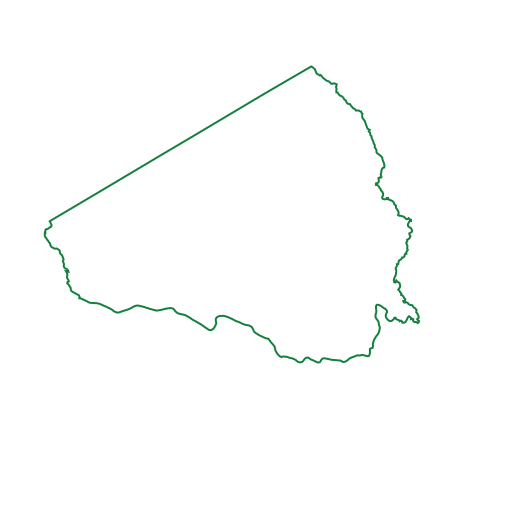 Novo Mundo, Mato Grosso, Brazil, rotated 324°
{"feature_id": "56859067B63599343869059", "entity_name": "Novo Mundo", "entity_type": "district", "adm_level": 2, "iso_a3": "BRA", "parent_name": "Brazil", "parent_adm1": "Mato Grosso", "projection": "robinson", "projection_center": [-55.354, -9.812], "detail": "fine", "context": "isolated", "style": "outline", "palette": "green", "viewbox_px": 512, "rotation_deg": 324, "n_neighbors": 0, "source": "geoboundaries", "source_scale": "gbopen_adm2", "svg_char_len": 6110}
<svg xmlns="http://www.w3.org/2000/svg" viewBox="0 0 512 512"><g transform="rotate(324 256 256)"><path d="M109.6,106.6L108.9,110.5L107.7,111.9L106.1,111.6L104.3,111.7L102.9,111.5L101.4,110.9L100.7,111.8L99.2,112.5L99.2,113.7L98.0,114.0L96.9,115.7L96.7,116.8L96.8,118.5L96.6,120.0L96.8,121.2L96.6,123.1L96.8,124.4L96.0,126.5L95.8,128.0L96.3,129.5L97.6,131.9L99.2,132.8L99.9,134.5L100.4,136.1L99.4,138.1L99.0,139.6L99.5,141.1L99.3,142.4L98.8,144.1L98.3,145.7L96.7,146.7L96.4,148.1L95.8,149.8L94.4,151.3L94.1,152.8L94.6,154.1L95.4,156.0L95.5,157.3L95.0,158.5L93.3,156.5L93.2,157.8L92.8,159.6L92.0,160.7L90.6,162.0L90.1,163.8L90.0,165.6L89.5,166.6L88.1,166.3L87.2,167.3L87.6,168.6L87.4,172.6L86.4,174.4L86.1,175.6L86.5,177.2L87.8,179.9L88.4,181.2L89.6,183.6L89.3,185.3L88.2,186.3L89.6,187.7L92.6,193.3L93.6,195.5L94.8,196.8L98.2,199.6L100.1,201.2L101.5,203.0L102.7,205.1L106.5,211.7L107.5,213.7L108.1,215.2L108.4,216.8L109.2,218.4L110.3,220.0L111.6,221.0L116.0,222.3L121.6,224.2L124.2,224.7L127.9,225.1L129.7,225.7L131.3,226.6L134.4,230.1L136.5,232.8L138.7,235.9L142.6,240.8L143.6,241.8L145.0,242.6L148.2,244.1L150.3,244.9L151.8,245.5L155.3,247.3L156.3,248.0L157.1,248.7L158.0,249.8L158.3,251.5L158.2,253.3L159.0,256.2L160.1,257.7L162.9,260.9L164.0,262.3L165.9,266.3L166.6,268.1L167.0,269.5L167.6,271.0L168.8,273.4L171.3,279.0L172.0,281.2L174.2,287.4L174.8,288.6L175.9,289.5L176.9,289.7L178.2,289.9L180.2,289.4L182.2,288.4L184.0,287.4L184.9,286.0L185.3,285.0L186.0,283.9L186.8,283.1L188.1,282.6L189.6,282.7L191.4,283.2L194.4,285.2L195.8,286.7L197.9,289.8L199.9,293.4L201.5,296.7L204.1,300.6L204.7,302.1L205.7,303.7L207.1,305.6L209.3,307.8L210.0,309.0L210.7,310.3L210.8,312.0L210.5,314.0L210.1,315.1L210.0,316.3L210.3,317.6L211.9,321.7L214.3,326.2L215.5,328.2L217.4,330.3L217.4,335.0L217.7,337.0L217.8,340.3L217.0,342.0L216.1,344.2L215.8,347.8L216.1,350.6L217.2,352.7L219.0,353.3L221.8,355.8L223.1,357.8L225.4,360.4L226.1,361.7L227.0,363.4L227.3,365.2L227.8,366.3L228.7,367.6L230.2,368.6L231.9,368.8L233.3,368.3L235.2,367.8L236.9,367.8L238.4,368.8L239.1,370.4L239.5,371.8L241.2,374.5L242.1,376.3L243.3,378.3L244.1,379.0L245.3,379.4L246.6,379.0L247.8,378.4L249.1,378.1L250.9,378.6L254.1,382.0L255.4,383.6L256.5,384.7L260.1,387.8L260.9,388.6L262.1,389.5L263.1,390.6L263.7,392.2L264.5,393.2L265.6,393.7L266.9,394.1L268.1,394.1L269.5,394.1L271.2,393.9L272.2,394.0L273.3,394.2L275.1,394.7L276.5,395.2L277.8,395.4L279.5,395.9L281.1,397.2L282.7,398.0L284.0,398.7L287.3,402.5L288.3,403.2L289.4,402.9L290.9,401.7L292.0,400.3L292.7,399.2L293.5,398.2L294.7,398.2L296.4,398.8L297.9,397.5L298.5,396.2L299.4,395.3L300.3,394.5L303.1,392.8L306.6,391.4L307.9,391.1L308.9,390.8L309.9,390.3L311.3,389.4L313.7,387.2L314.5,385.9L314.8,384.2L315.7,382.7L316.4,381.3L316.6,379.7L316.5,378.0L316.5,376.8L317.1,375.2L318.2,373.8L320.1,372.3L320.9,371.4L322.7,368.4L323.6,367.1L325.0,366.5L326.1,367.2L327.0,368.4L327.7,369.9L328.3,371.8L329.5,374.9L329.8,376.7L329.3,378.2L327.0,379.5L325.8,380.6L325.1,382.0L325.0,383.3L325.4,386.2L326.1,387.5L328.0,388.3L329.6,388.1L330.7,387.9L331.7,387.3L332.6,387.9L332.3,389.5L333.0,390.7L333.9,391.9L333.9,393.3L335.3,393.5L335.7,394.8L335.2,395.9L336.7,397.1L337.9,397.2L339.0,397.0L341.1,395.9L342.5,395.0L344.4,394.7L344.7,395.8L345.1,396.9L344.3,398.2L345.4,398.5L346.1,399.5L345.0,400.8L345.3,402.5L346.8,403.5L347.5,405.4L348.6,405.3L349.7,404.3L349.2,403.1L349.3,401.8L351.1,401.7L352.0,400.6L352.6,398.1L352.6,395.6L354.2,393.9L354.0,392.0L353.3,389.9L353.5,387.7L352.0,386.1L351.1,384.7L351.2,383.1L350.6,382.0L349.3,381.3L348.4,380.5L348.7,379.0L350.3,379.7L351.4,378.8L351.1,377.1L351.4,375.7L351.4,374.3L350.5,372.7L351.6,371.7L351.3,369.9L351.6,368.6L351.3,366.8L354.0,365.9L355.0,365.1L356.2,362.3L355.9,361.1L355.3,360.2L355.1,358.2L353.3,359.4L352.4,358.5L353.4,356.4L354.5,355.4L355.8,354.6L356.9,354.1L358.5,353.0L360.1,351.3L361.2,349.9L361.4,348.5L362.3,347.7L364.6,346.6L365.2,345.5L366.4,346.1L367.9,344.5L369.2,343.7L370.5,343.9L371.9,343.9L373.3,343.1L374.7,343.9L376.2,343.3L377.5,342.0L379.0,342.6L379.6,341.4L381.1,340.8L382.4,340.3L382.6,339.1L383.4,337.9L384.5,336.9L384.8,335.0L385.5,333.4L386.9,333.2L387.7,331.7L389.4,332.0L391.2,331.6L392.6,330.8L392.6,329.3L393.3,327.8L394.6,328.0L396.0,328.1L397.2,327.4L397.6,325.7L397.6,324.0L397.0,323.0L396.6,321.3L397.3,319.8L399.2,318.7L400.9,318.0L402.0,318.8L402.7,317.9L401.9,316.4L401.7,315.1L400.5,315.3L399.3,314.6L399.1,313.1L398.8,311.8L398.3,310.5L397.4,309.5L396.7,308.5L395.5,307.6L395.0,306.3L396.2,305.6L397.1,304.3L397.5,302.7L397.6,299.3L398.8,297.5L398.3,295.5L398.9,293.7L398.8,292.3L398.2,290.6L397.4,289.9L396.7,288.4L396.9,286.5L396.0,286.0L395.5,287.1L394.1,286.1L393.0,285.5L392.1,284.2L392.5,282.5L393.7,282.1L394.9,281.2L395.6,280.0L395.8,278.8L395.9,277.6L395.6,276.4L396.2,274.9L396.0,273.5L396.2,271.8L396.0,270.0L394.8,268.9L395.7,267.8L397.1,268.3L398.4,268.5L399.5,267.5L400.2,266.3L400.7,265.0L402.0,265.0L403.0,266.0L404.0,265.8L404.4,264.5L404.9,263.2L405.9,262.5L406.8,261.6L407.9,260.5L409.4,259.5L410.4,259.3L411.8,259.8L413.2,258.1L414.1,255.9L415.0,252.3L415.9,250.8L415.9,248.9L415.3,247.0L415.0,245.7L414.4,243.9L414.5,242.7L415.4,241.6L415.8,240.4L415.9,237.8L417.2,236.3L417.5,233.6L418.1,232.7L418.4,231.5L418.8,228.8L419.8,227.1L419.6,225.5L420.4,224.1L420.8,223.1L420.4,221.5L422.2,220.8L421.1,218.7L421.5,216.9L421.9,215.6L422.2,214.4L423.3,210.9L423.3,207.0L423.7,205.8L424.5,204.8L425.7,203.4L425.5,202.2L425.9,200.9L425.1,200.0L424.8,198.9L423.8,198.0L422.4,197.2L422.4,195.7L422.1,194.6L421.4,193.6L421.4,192.1L421.2,190.8L421.2,189.6L421.3,188.5L419.7,186.6L419.5,185.1L420.1,183.1L419.4,181.4L419.7,179.3L419.2,177.1L418.2,175.5L418.0,174.3L418.1,171.7L417.2,170.9L418.1,169.4L419.4,168.2L420.1,166.2L421.1,165.8L422.2,164.5L421.4,163.2L420.4,162.0L419.0,161.5L418.0,160.6L417.8,158.5L417.4,157.3L416.3,155.9L415.8,154.4L415.4,152.8L415.0,151.6L414.7,147.6L413.7,147.5L413.3,146.0L412.5,145.0L412.4,143.3L413.5,139.4L413.1,138.2L412.7,136.5L412.0,135.1L357.5,129.6L279.0,122.4L241.0,118.8L161.6,111.5L109.6,106.6Z" fill="none" stroke="#15803d" stroke-width="2"/></g></svg>